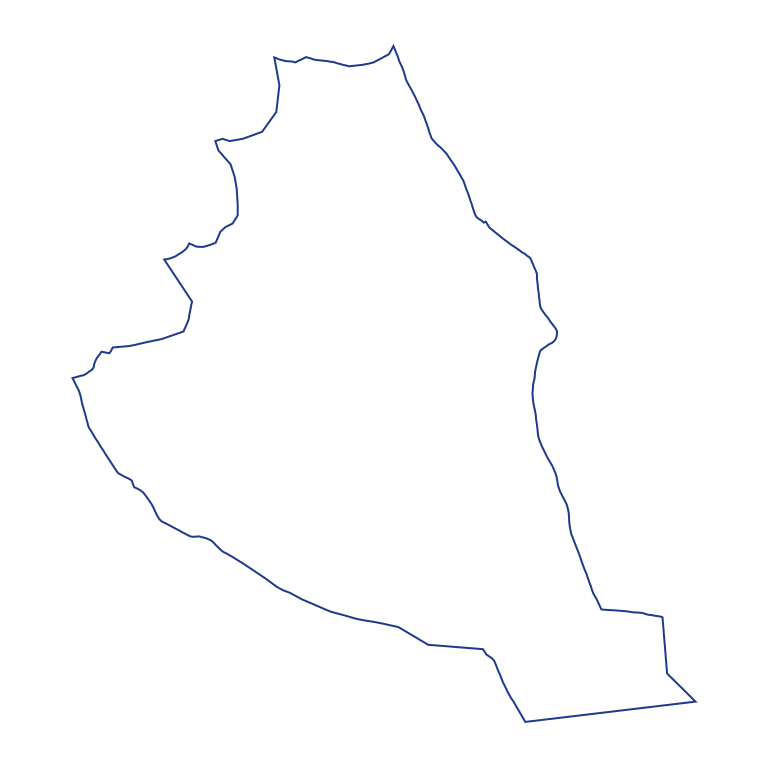 the district of Grande Riviere/Degazon, Gros Islet, Saint Lucia
{"feature_id": "8701671B86513395077945", "entity_name": "Grande Riviere/Degazon", "entity_type": "district", "adm_level": 2, "iso_a3": "LCA", "parent_name": "Saint Lucia", "parent_adm1": "Gros Islet", "projection": "robinson", "projection_center": [-60.951, 14.028], "detail": "fine", "context": "isolated", "style": "outline", "palette": "blue", "viewbox_px": 768, "rotation_deg": 0, "n_neighbors": 0, "source": "geoboundaries", "source_scale": "gbopen_adm2", "svg_char_len": 4625}
<svg xmlns="http://www.w3.org/2000/svg" viewBox="0 0 768 768"><path d="M164.2,259.5L192.1,301.6L191.4,304.2L190.6,308.6L189.9,312.1L189.2,315.6L188.7,319.2L187.4,322.6L185.6,326.8L184.3,329.5L183.5,331.5L161.5,339.1L158.6,339.7L145.9,342.3L135.4,344.8L129.6,346.0L112.7,347.5L110.9,351.2L109.2,353.3L105.6,352.5L101.5,351.7L99.6,354.5L97.2,357.4L95.5,360.7L94.4,363.4L93.7,367.2L91.8,369.9L89.4,371.4L86.5,373.6L83.4,375.3L80.4,375.9L77.2,376.8L72.5,378.1L74.4,381.7L75.9,384.9L77.4,387.7L78.9,390.8L80.4,395.4L81.0,398.0L81.7,401.5L82.4,404.6L83.8,409.5L84.7,412.6L85.8,416.2L86.4,419.1L87.4,422.3L88.2,425.9L89.5,428.6L91.4,431.5L95.6,438.6L97.3,441.1L98.9,443.6L101.1,447.4L103.2,450.2L104.7,452.9L108.9,459.3L116.6,471.1L118.4,473.3L121.0,474.7L123.9,476.4L128.4,478.5L130.4,479.6L131.7,480.5L132.4,482.6L133.4,485.3L134.3,487.3L136.8,488.3L140.5,490.4L143.3,492.6L145.8,495.8L149.2,500.6L151.8,504.5L153.6,508.0L155.0,511.1L157.1,515.4L159.3,519.1L161.9,521.6L164.8,522.9L169.0,525.1L173.1,527.3L179.6,530.7L183.1,532.7L186.6,534.5L189.9,536.2L192.2,536.8L194.5,536.7L199.2,536.4L201.7,537.1L204.1,537.7L207.3,538.7L211.0,540.4L213.6,542.5L215.6,544.9L217.7,546.9L220.7,549.9L223.1,551.8L226.1,553.3L232.8,557.1L244.1,564.2L254.9,571.4L266.2,579.0L276.9,586.9L282.9,590.2L289.9,592.8L301.6,599.2L324.3,609.0L331.0,611.8L343.5,615.1L355.9,618.7L362.7,620.1L375.1,622.1L381.7,623.4L394.8,626.3L398.1,627.0L400.6,628.4L428.2,644.8L483.0,649.2L484.2,651.1L486.4,654.5L490.2,657.1L492.1,658.5L494.3,661.0L496.3,665.8L498.0,670.3L500.0,674.7L502.7,681.7L504.8,685.9L508.2,693.0L511.5,698.7L513.6,701.7L516.5,706.8L525.3,721.9L695.5,701.6L667.1,673.5L662.5,617.3L661.3,616.9L659.6,616.4L655.6,615.9L652.5,615.2L648.0,614.7L642.0,612.9L637.3,612.5L633.4,612.4L629.9,611.8L625.5,611.2L620.5,610.8L613.8,610.3L603.7,609.7L601.3,609.3L596.6,599.1L593.5,593.8L592.1,590.4L590.7,585.8L589.5,582.8L587.9,578.2L586.3,573.4L584.8,570.1L582.6,564.2L580.9,559.4L580.1,556.9L579.1,554.2L576.8,548.2L575.0,543.6L573.2,538.9L571.2,533.8L570.5,530.4L569.7,526.1L569.2,521.5L569.0,517.2L568.7,512.7L568.0,509.2L566.7,504.5L565.0,501.0L563.1,497.4L561.4,494.1L559.9,491.1L558.0,485.4L556.9,478.6L556.1,475.0L555.0,472.1L553.5,468.6L552.1,465.5L550.1,462.1L547.8,458.3L545.9,454.6L544.2,451.0L542.0,446.6L540.5,442.9L539.3,439.8L538.2,436.0L537.8,432.9L537.6,430.3L537.1,426.3L536.7,422.8L536.0,418.8L535.8,415.0L535.3,412.3L534.6,408.9L533.7,404.8L533.0,400.2L532.7,396.3L532.4,393.5L532.7,391.3L532.9,388.1L533.1,384.6L533.6,382.3L534.5,378.6L534.8,375.5L535.1,371.6L535.7,368.6L536.6,364.5L537.4,360.9L538.5,356.8L539.6,352.7L540.4,350.7L542.8,348.6L545.7,346.7L548.6,344.6L552.1,342.8L554.3,341.0L556.0,338.4L556.8,335.4L557.1,331.6L556.5,330.1L555.2,327.9L552.7,324.6L550.9,322.3L549.9,320.9L548.2,318.2L544.6,313.9L542.3,310.5L541.1,308.7L540.2,306.3L539.7,302.8L539.5,299.9L538.9,296.4L538.8,293.4L538.0,289.1L537.8,285.8L537.3,281.4L536.9,278.8L537.0,274.1L535.8,270.8L534.3,267.5L533.1,264.5L531.6,261.1L530.5,258.6L529.1,257.0L527.0,255.8L524.9,253.8L522.0,252.3L519.3,250.2L516.6,248.3L513.8,246.4L511.2,244.8L508.6,242.8L505.3,240.3L502.8,238.5L489.5,227.7L485.7,221.6L483.7,222.6L481.4,220.4L479.1,219.1L476.4,216.9L475.2,214.6L473.6,210.4L472.6,207.2L471.6,203.8L470.6,201.2L469.2,196.6L468.1,193.6L466.7,190.1L465.6,187.1L464.1,182.7L463.2,180.3L461.1,176.9L460.0,174.7L457.4,170.5L455.7,167.5L454.0,164.7L452.8,163.0L450.1,159.1L448.1,156.1L446.4,153.5L444.1,151.1L440.7,147.6L438.5,145.8L436.3,143.8L433.8,141.0L431.5,138.1L430.1,134.1L429.5,132.6L428.5,129.2L427.3,125.6L426.3,122.8L425.4,120.4L424.2,116.8L423.0,114.2L421.8,111.8L420.7,109.5L418.8,104.6L417.0,101.0L415.1,96.8L413.1,93.0L411.7,90.2L409.0,85.4L406.9,81.6L405.9,79.3L404.7,74.7L403.5,70.9L402.0,66.8L400.3,63.5L399.0,60.5L397.8,56.4L396.7,54.1L395.3,50.4L393.4,46.1L389.0,54.2L373.6,62.4L369.2,63.5L365.8,64.2L361.9,64.9L349.1,66.3L346.0,65.5L343.2,64.9L340.1,64.0L336.2,63.0L334.2,62.2L330.0,61.7L328.0,61.2L323.9,60.8L319.8,60.3L317.0,60.1L314.2,59.6L310.4,58.3L307.4,57.5L306.0,57.1L302.0,59.2L297.8,61.1L295.5,62.4L291.9,61.5L285.7,61.1L279.2,59.4L274.3,57.4L279.4,85.3L276.3,112.0L262.1,131.8L242.8,138.8L229.6,141.1L222.5,138.8L215.3,141.1L218.4,150.4L226.5,159.7L230.6,164.3L234.7,177.1L236.7,188.7L237.7,205.0L237.7,215.4L232.6,223.5L225.5,227.0L220.4,231.7L215.7,242.7L212.8,243.9L210.4,244.8L205.8,246.2L203.4,246.9L199.9,246.9L196.4,246.6L194.4,245.7L189.2,243.4L187.6,246.7L186.2,248.7L184.3,250.4L182.4,251.9L180.3,253.3L178.3,254.5L175.3,256.4L171.6,257.9L169.8,258.5L166.8,259.2L164.2,259.5Z" fill="none" stroke="#1e3a8a" stroke-width="2"/></svg>